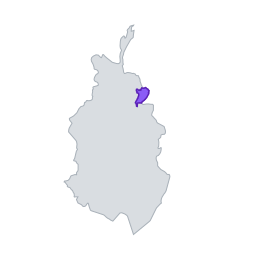 Nangarhar highlighted on a map of Afghanistan, rotated 302°
{"feature_id": "AFG-1764", "entity_name": "Nangarhar", "entity_type": "Province", "adm_level": 1, "iso_a3": "AFG", "parent_name": "Afghanistan", "parent_adm1": "", "projection": "robinson", "projection_center": [70.357, 34.369], "detail": "fine", "context": "in_parent", "style": "filled", "palette": "violet", "viewbox_px": 256, "rotation_deg": 302, "n_neighbors": 0, "source": "natural_earth", "source_scale": "10m", "svg_char_len": 5042}
<svg xmlns="http://www.w3.org/2000/svg" viewBox="0 0 256 256"><g transform="rotate(302 128 128)"><path d="M113.8,76.6L118.3,76.2L121.2,76.7L122.8,78.2L124.3,78.6L125.9,77.9L126.8,77.7L127.1,78.2L127.9,78.4L129.1,78.3L129.7,78.7L129.9,79.6L130.7,80.8L132.2,82.2L133.6,82.5L135.4,81.4L136.0,81.5L136.3,81.2L136.5,80.4L137.6,79.7L139.5,79.0L140.7,78.4L141.1,77.9L141.7,77.7L142.5,77.9L143.0,77.7L143.4,77.0L144.1,76.7L144.7,76.9L147.4,79.4L148.5,80.1L148.9,80.0L150.3,78.6L150.5,77.4L150.1,75.7L150.4,74.4L151.3,73.4L153.0,72.8L155.4,72.6L156.9,72.7L157.4,73.2L158.1,73.5L159.1,73.6L159.9,73.0L160.7,71.8L160.7,70.3L160.1,68.4L160.3,67.9L161.5,67.0L162.8,65.6L164.0,63.9L165.2,61.7L166.7,60.4L168.5,59.9L170.6,60.5L173.1,62.1L174.1,64.2L173.5,66.6L173.4,68.0L173.9,68.2L176.8,67.7L177.2,68.1L177.1,68.8L176.7,69.8L176.2,72.7L175.4,79.8L176.6,84.1L177.4,85.7L178.3,86.3L179.1,86.5L180.0,86.3L181.7,85.2L184.3,83.2L186.9,82.0L190.6,81.3L191.8,79.1L193.5,77.7L197.4,75.6L199.5,74.8L200.7,74.7L203.7,75.5L203.9,76.1L203.7,76.8L202.8,77.4L202.6,77.8L202.9,78.1L204.1,78.3L209.3,76.8L210.4,75.5L211.5,75.5L213.7,76.0L215.3,75.8L216.2,76.4L218.3,78.3L217.6,78.4L216.7,78.0L216.2,77.4L214.1,78.2L211.8,79.4L211.9,79.7L214.0,81.4L209.7,83.3L207.8,84.3L207.3,84.4L204.4,83.4L196.3,83.7L190.2,84.3L187.8,85.2L185.5,85.7L184.4,86.2L183.6,87.2L180.3,89.4L179.6,90.3L177.7,90.2L175.8,92.3L172.9,94.9L172.3,96.1L172.8,96.7L174.3,97.7L175.0,98.5L176.1,101.0L176.5,102.8L177.2,103.5L177.6,105.6L176.9,106.8L176.9,107.4L177.8,109.0L177.6,109.5L176.9,110.2L175.8,112.2L173.8,113.7L172.9,115.0L171.5,116.5L170.9,117.8L170.3,118.4L169.7,118.8L169.8,119.5L170.4,120.3L171.3,121.2L171.2,125.0L170.7,126.0L168.2,127.0L165.7,127.5L162.8,127.5L161.6,127.4L157.5,126.0L156.1,126.7L155.9,128.3L158.2,131.0L159.2,132.5L160.3,135.0L161.1,136.3L160.8,137.5L156.5,140.1L153.8,140.4L152.1,140.9L151.2,141.5L150.6,144.3L150.0,145.4L150.0,146.6L149.4,148.0L148.5,148.9L147.9,150.3L148.4,157.8L145.9,160.8L144.5,161.9L143.1,162.4L142.0,162.2L140.7,160.5L139.7,159.8L138.7,160.0L137.7,160.6L136.2,160.4L134.8,159.8L134.2,159.8L133.8,160.4L132.3,161.7L128.8,163.7L127.4,163.8L126.7,164.3L127.0,165.1L127.6,165.7L128.7,166.2L128.8,166.7L126.9,167.7L125.1,168.4L123.0,168.6L120.8,168.3L119.7,167.4L118.4,167.3L117.2,167.9L115.9,169.0L114.2,171.6L111.6,173.2L111.0,174.9L110.2,177.8L110.4,182.1L110.0,184.1L109.5,185.3L109.6,186.3L110.4,187.4L110.1,188.2L109.3,189.0L108.7,189.4L94.8,193.6L92.5,193.7L91.4,193.5L87.5,193.5L85.8,193.8L84.2,194.4L83.0,195.1L82.0,196.1L80.4,195.5L75.3,194.5L61.3,195.9L60.0,195.6L40.6,189.1L52.9,174.4L53.3,173.2L53.4,170.8L52.8,167.6L51.6,166.2L41.0,164.5L40.7,162.0L40.9,160.9L40.7,158.7L40.8,157.1L41.4,154.3L41.4,153.1L38.4,140.9L38.4,139.7L40.5,137.0L43.1,134.2L43.0,133.7L41.7,133.4L39.8,133.4L38.8,133.0L38.0,132.2L37.7,131.1L38.3,129.2L37.9,125.3L40.0,122.2L43.1,122.0L41.6,119.6L41.2,119.4L41.1,119.0L41.3,118.6L42.1,118.4L44.0,116.9L44.1,116.1L45.7,113.9L45.6,112.9L46.7,110.3L46.2,108.6L46.2,107.6L47.3,107.0L48.1,104.6L48.5,104.0L48.6,103.4L48.4,102.4L49.4,102.3L50.3,103.5L51.8,104.9L52.8,105.2L54.0,105.4L56.7,105.0L57.3,105.1L60.1,107.4L60.6,108.0L60.8,108.9L61.2,109.2L62.2,108.3L63.2,108.0L65.0,108.2L66.0,107.9L70.7,105.0L71.1,103.2L71.6,102.2L72.2,101.6L71.5,99.4L71.8,99.0L72.4,98.9L73.9,98.9L81.0,96.5L82.8,96.5L83.3,96.4L83.4,95.7L83.9,95.0L87.3,93.3L89.2,91.6L89.9,90.3L93.2,79.7L94.9,78.8L96.7,78.2L102.4,78.0L103.6,74.7L104.1,73.9L105.1,73.2L109.4,75.5L113.8,76.6Z" fill="#d9dde1" stroke="#a8b0b8" stroke-width="1"/><path d="M169.9,118.4L169.7,118.5L169.5,118.8L169.5,119.1L169.6,119.4L169.7,119.7L170.0,120.1L170.3,120.5L170.7,120.9L171.6,121.4L171.7,121.8L171.3,122.8L171.3,123.1L171.4,123.6L171.5,123.9L171.5,124.3L171.4,124.5L171.0,124.9L170.9,125.2L170.9,125.4L170.9,125.7L170.9,126.0L170.7,126.1L170.1,126.3L169.8,126.4L169.7,126.6L169.3,126.8L169.1,126.7L168.8,126.6L168.6,126.7L168.6,126.9L168.4,127.3L167.5,127.5L165.8,127.5L164.1,127.7L163.7,127.7L162.7,127.5L161.6,127.4L161.4,127.4L161.0,127.1L160.3,127.1L157.6,126.1L157.1,126.1L156.5,126.2L156.3,126.2L156.2,126.1L156.0,125.8L155.9,125.3L155.7,125.0L155.6,124.9L155.5,124.7L155.4,124.5L155.4,124.4L155.2,124.3L155.2,124.2L155.0,123.9L154.9,123.7L154.7,123.5L154.6,123.4L154.4,123.2L154.2,123.0L153.7,123.1L152.2,123.8L151.3,124.4L151.1,124.4L151.0,123.8L151.0,123.7L151.3,123.5L151.9,123.0L152.7,122.2L153.2,121.6L153.3,121.4L153.3,121.2L153.3,120.9L153.7,120.8L155.2,120.6L155.5,120.7L156.9,120.6L157.6,120.4L158.3,120.6L158.6,120.5L159.3,120.2L160.6,120.0L161.3,119.8L162.0,119.4L162.5,119.1L162.8,118.4L162.8,118.2L162.8,117.9L162.6,116.9L162.9,116.7L163.6,116.4L163.8,115.7L164.0,115.4L164.4,115.1L164.9,114.9L165.3,114.7L165.6,114.9L165.8,115.2L165.8,115.3L165.9,115.5L165.9,115.9L165.9,116.0L165.7,116.4L165.7,116.8L165.7,117.0L165.7,117.3L166.1,117.8L166.3,117.9L166.5,117.8L167.0,117.9L167.1,118.0L166.8,118.3L166.7,118.4L166.8,118.8L167.2,118.7L167.9,118.5L168.3,118.5L169.9,118.4L169.9,118.4Z" fill="#8b5cf6" stroke="#5b21b6" stroke-width="1.5"/></g></svg>